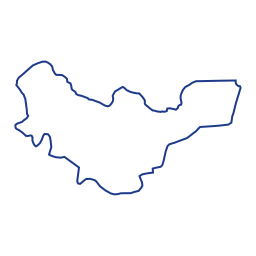 Sheikh Badr, Tartus, Syria (orthographic projection)
{"feature_id": "27442178B44438051869980", "entity_name": "Sheikh Badr", "entity_type": "district", "adm_level": 2, "iso_a3": "SYR", "parent_name": "Syria", "parent_adm1": "Tartus", "projection": "orthographic", "projection_center": [36.082, 35.023], "detail": "fine", "context": "isolated", "style": "outline", "palette": "blue", "viewbox_px": 256, "rotation_deg": 0, "n_neighbors": 0, "source": "geoboundaries", "source_scale": "gbopen_adm2", "svg_char_len": 2448}
<svg xmlns="http://www.w3.org/2000/svg" viewBox="0 0 256 256"><path d="M235.7,80.5L221.7,80.7L211.7,80.9L202.9,81.1L196.1,81.2L192.0,82.9L189.3,84.9L185.3,87.0L183.1,89.7L181.9,92.2L180.8,95.1L180.5,97.9L181.2,101.3L181.5,102.8L181.1,104.7L179.8,105.0L178.8,105.6L178.1,106.5L177.9,107.9L175.9,109.7L173.5,109.0L169.8,108.3L167.3,108.5L166.7,111.1L164.1,111.8L162.2,111.4L161.1,111.9L157.3,111.5L153.9,110.5L152.8,110.5L150.8,109.1L145.5,104.7L144.8,103.7L144.8,100.3L142.6,97.1L139.2,93.4L137.1,93.4L134.5,92.9L134.3,92.9L130.6,92.0L126.6,90.1L124.7,88.2L122.9,87.0L122.1,87.2L117.2,90.2L115.1,91.4L113.9,93.3L112.7,95.8L113.2,98.5L112.9,101.1L111.4,103.7L109.9,105.3L109.4,105.8L107.4,106.3L104.6,105.4L99.6,102.5L95.6,101.1L92.6,99.9L88.9,99.4L87.5,98.0L86.3,97.6L81.5,95.8L78.1,95.1L76.2,94.0L75.4,92.0L74.5,91.3L72.6,90.0L71.7,89.0L71.3,86.0L70.5,83.4L67.3,81.8L66.9,78.7L65.0,77.0L62.2,75.1L58.9,74.9L56.3,74.9L55.1,73.8L53.0,70.2L52.2,66.5L50.3,64.3L48.0,62.7L47.7,62.5L45.5,61.6L42.4,61.7L37.9,63.2L35.6,64.2L32.9,65.4L29.4,68.4L23.7,73.5L18.8,77.6L17.0,80.7L16.9,83.5L16.3,85.0L18.9,88.3L20.3,90.1L21.7,92.6L23.7,94.7L24.5,97.0L25.3,98.8L26.8,110.0L27.0,113.9L28.2,115.9L26.7,118.2L24.2,120.0L23.8,120.3L21.9,122.0L17.6,123.4L15.5,124.8L15.4,126.6L15.8,128.1L16.7,129.0L19.2,130.3L22.7,132.8L26.0,135.9L27.8,136.0L29.1,135.7L30.5,135.4L31.7,135.8L32.6,137.7L32.4,138.9L32.5,140.8L33.7,143.9L34.9,145.6L35.9,146.4L37.1,145.8L39.9,143.2L41.8,139.7L43.1,136.0L44.5,134.0L46.0,134.0L48.2,134.4L49.8,136.7L50.6,140.5L51.3,147.2L49.0,154.6L51.2,155.7L55.7,157.2L60.7,157.7L64.4,156.9L79.0,167.5L77.2,181.3L77.9,183.1L78.6,183.7L80.2,183.8L81.9,182.4L85.2,179.6L86.2,179.0L87.9,179.0L90.0,178.8L92.6,179.5L95.3,180.5L96.9,182.2L98.2,183.9L99.9,186.2L105.4,190.4L111.0,193.5L114.5,194.4L117.6,194.1L120.9,193.3L125.0,193.2L130.3,193.2L134.0,192.1L134.5,191.9L138.6,190.9L141.3,187.7L142.4,185.6L142.0,182.4L140.8,179.5L139.5,176.1L142.4,174.3L148.0,173.2L153.0,172.6L153.0,172.2L152.7,168.6L155.2,167.9L155.5,167.8L160.7,166.8L162.4,164.9L163.1,162.6L163.8,160.0L165.7,151.4L167.2,147.1L167.7,145.8L169.4,144.3L171.5,143.6L174.4,142.8L174.6,142.7L176.4,142.0L187.2,138.0L194.5,132.3L195.4,131.8L200.0,127.0L211.9,126.2L218.6,125.7L228.3,124.6L231.3,122.7L231.9,119.1L232.2,116.5L233.3,113.6L236.1,102.4L236.9,100.0L237.8,97.0L240.6,87.8L239.9,86.2L238.7,86.2L236.5,84.6L235.7,82.7L235.7,80.5Z" fill="none" stroke="#1e3a8a" stroke-width="2"/></svg>